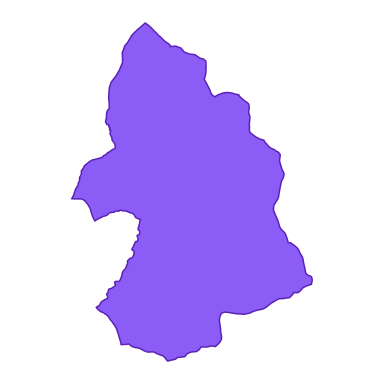 Phobji, Wangdi Phodrang, Bhutan
{"feature_id": "84629894B82295722957518", "entity_name": "Phobji", "entity_type": "district", "adm_level": 2, "iso_a3": "BTN", "parent_name": "Bhutan", "parent_adm1": "Wangdi Phodrang", "projection": "natural_earth1", "projection_center": [90.223, 27.427], "detail": "fine", "context": "isolated", "style": "filled", "palette": "violet", "viewbox_px": 384, "rotation_deg": 0, "n_neighbors": 0, "source": "geoboundaries", "source_scale": "gbopen_adm2", "svg_char_len": 6001}
<svg xmlns="http://www.w3.org/2000/svg" viewBox="0 0 384 384"><path d="M311.5,284.3L311.4,283.5L311.8,282.5L312.2,280.6L312.2,279.7L311.8,277.7L311.5,276.9L310.8,276.3L310.0,275.8L309.1,275.7L308.3,275.3L307.5,274.9L306.8,274.3L306.2,273.6L305.7,272.8L305.5,271.8L304.8,268.0L303.7,263.4L303.1,259.6L302.6,257.7L302.3,256.8L301.8,256.0L300.3,253.7L299.1,251.1L298.3,249.4L297.8,248.6L297.1,247.9L295.1,246.0L292.9,244.4L291.4,243.3L290.7,242.8L288.8,242.7L288.0,242.3L287.8,240.9L286.9,238.0L286.3,236.2L285.2,233.6L284.6,232.8L284.0,232.1L282.7,230.8L281.4,229.5L280.3,228.0L279.9,227.1L279.5,226.2L278.2,221.6L277.6,219.8L275.1,214.2L273.7,210.6L273.5,209.7L273.5,208.7L273.8,205.9L274.1,205.0L274.6,204.1L277.6,199.4L278.4,197.6L278.6,196.7L279.1,192.9L281.1,182.6L281.7,180.7L282.6,179.1L283.3,177.3L283.9,175.5L284.0,174.5L283.9,173.6L283.7,172.6L282.0,169.3L281.7,168.4L280.9,165.6L280.0,162.9L279.7,162.0L279.6,160.0L279.7,159.1L280.2,155.3L280.2,154.6L279.3,153.3L277.9,151.8L276.9,151.5L276.1,151.1L274.5,149.7L270.7,148.1L268.4,146.2L266.3,143.5L265.1,142.5L264.5,141.6L264.0,140.2L260.2,139.2L257.1,137.7L254.8,136.2L252.6,134.6L250.5,132.8L249.9,132.0L249.6,131.2L249.4,130.2L249.4,129.2L249.5,126.4L249.3,124.4L249.3,123.5L249.8,119.7L249.9,117.7L249.9,116.8L249.7,115.8L248.8,113.1L248.7,112.1L248.7,111.2L249.3,107.4L249.2,106.4L248.8,104.5L248.4,103.7L247.0,102.5L243.3,99.8L240.5,97.3L239.3,96.0L238.6,94.6L237.9,94.7L236.6,94.4L234.0,93.8L232.7,93.2L227.7,92.5L225.3,92.6L222.1,93.3L218.3,94.7L215.9,96.1L215.1,96.8L212.5,95.4L211.1,93.4L209.7,89.6L206.5,83.4L204.3,79.5L205.8,73.7L206.1,66.3L205.8,60.9L203.3,59.0L200.0,58.2L195.0,54.7L188.9,53.9L184.2,52.0L181.0,48.1L175.6,46.1L170.4,46.6L170.2,45.3L168.9,44.0L164.7,41.2L160.5,37.0L158.1,35.0L156.6,33.2L154.1,30.9L151.6,28.2L148.4,25.3L145.2,23.0L141.1,26.6L140.2,27.5L137.3,29.8L134.0,33.0L131.9,35.2L128.1,41.6L126.7,43.7L124.9,45.6L123.5,49.6L122.3,52.5L122.5,57.8L122.5,62.6L119.4,70.0L116.2,75.6L111.2,82.2L109.4,87.4L109.0,91.2L108.8,95.6L108.6,98.1L109.2,102.8L109.2,108.5L107.4,110.6L106.7,112.7L106.5,114.1L106.5,115.5L106.5,116.2L106.3,116.9L106.6,117.6L105.7,120.3L105.6,122.4L106.4,123.4L106.6,124.1L106.9,124.6L108.3,124.6L108.9,124.9L108.7,126.3L109.1,126.8L109.2,127.4L109.8,127.5L110.1,128.1L109.6,128.6L109.5,129.3L109.7,130.0L110.3,129.9L110.6,130.4L110.3,131.0L110.5,131.7L110.2,132.4L110.0,133.1L110.3,134.5L110.7,135.1L111.1,136.4L111.5,137.0L111.9,137.6L111.9,139.0L112.1,139.7L112.3,140.4L114.0,142.6L114.4,143.2L114.9,144.6L115.4,147.4L115.2,148.0L114.7,148.4L113.5,149.1L111.7,150.1L109.5,151.8L109.0,152.1L108.3,152.3L107.7,152.7L107.2,153.2L106.3,154.2L105.8,154.6L105.2,155.0L103.9,155.4L103.0,156.5L101.4,157.7L100.7,157.8L95.5,159.3L94.2,159.6L92.9,159.8L92.3,160.0L90.5,161.0L89.3,161.7L84.7,165.6L84.2,166.1L83.7,167.4L83.3,168.1L82.9,168.6L82.7,169.3L82.3,169.8L81.7,170.2L81.4,170.8L81.3,171.5L81.4,173.0L81.0,175.1L80.7,175.7L79.9,176.8L79.6,177.5L79.5,178.3L79.6,180.2L79.4,180.9L79.0,181.5L78.6,182.7L78.3,183.3L78.0,183.9L78.1,184.7L78.0,185.4L76.8,187.1L76.5,187.8L75.6,188.9L75.4,189.5L75.1,191.0L74.5,192.2L74.2,192.9L74.0,194.4L71.8,198.7L74.2,198.9L80.8,198.9L82.6,199.3L84.6,200.6L87.6,204.1L90.3,208.8L91.6,213.6L92.6,216.5L94.1,219.6L94.9,220.9L96.7,219.6L97.5,219.4L98.5,218.6L99.4,218.2L101.1,217.5L102.3,216.8L103.8,216.2L104.6,216.1L105.9,215.6L107.1,215.1L108.6,213.6L109.7,212.8L110.3,212.6L114.3,212.1L114.8,211.7L116.0,211.0L116.7,210.9L117.9,211.2L118.6,211.2L119.2,210.9L119.7,210.3L121.0,210.4L122.8,210.8L124.8,210.9L126.1,211.1L126.7,211.3L128.6,212.2L132.4,213.4L133.0,213.7L133.6,214.1L134.6,215.5L135.2,216.8L135.6,217.4L136.1,217.8L138.6,218.9L139.3,219.1L139.9,219.0L140.4,219.4L140.1,220.0L139.8,221.4L139.5,223.6L139.3,224.3L138.1,228.4L138.1,229.1L138.3,229.8L138.8,230.3L139.4,230.6L139.6,231.3L139.7,232.0L139.7,232.6L139.5,234.0L139.1,234.5L137.2,235.4L137.1,236.1L137.3,236.8L137.9,238.0L138.0,238.8L137.9,239.5L137.4,240.8L137.2,241.5L136.6,241.8L136.0,241.5L135.5,241.8L134.2,244.4L133.1,247.0L132.0,248.8L132.0,249.6L132.3,250.2L133.5,250.7L134.0,251.2L134.0,252.0L133.9,253.4L133.7,254.8L133.5,255.4L132.8,256.5L132.1,257.8L131.6,258.2L130.2,258.3L129.6,258.6L128.8,259.7L127.7,260.5L127.5,261.2L127.5,263.4L127.4,264.1L126.6,265.3L126.3,266.7L125.7,268.0L125.4,268.6L124.5,269.7L123.5,270.6L122.9,271.6L122.3,272.8L122.0,274.9L121.8,275.6L120.6,279.0L119.9,280.3L118.9,281.3L118.3,281.6L117.5,281.4L116.3,281.3L115.7,281.4L115.0,281.7L114.8,283.0L114.8,283.7L115.1,284.3L115.6,284.7L115.6,285.4L115.1,285.9L111.7,288.2L110.4,288.7L109.1,289.0L108.7,289.6L108.4,290.2L108.0,292.3L107.7,292.9L107.1,293.4L106.7,293.9L106.7,294.6L107.9,297.2L107.8,298.0L107.3,298.4L104.2,299.9L103.7,300.3L103.4,300.7L102.1,301.2L101.3,302.0L100.9,302.5L100.2,303.8L99.2,305.6L98.6,306.0L97.8,306.3L96.3,307.3L96.7,308.1L97.5,308.9L99.5,310.8L100.7,311.6L101.8,312.1L103.5,312.7L104.4,313.5L106.5,314.8L107.8,316.0L108.6,316.9L109.3,318.1L109.8,319.1L110.4,319.9L111.4,320.9L112.8,322.9L115.1,326.1L116.5,328.8L118.0,333.2L119.8,339.3L120.9,342.9L121.1,344.6L125.0,344.4L126.6,344.4L128.7,343.9L131.8,346.4L135.1,347.5L139.2,348.1L144.1,350.8L147.6,352.1L151.9,351.9L154.4,352.1L156.4,353.4L160.1,354.9L162.8,355.7L164.3,357.0L167.5,361.0L168.2,361.0L172.3,359.9L175.3,359.3L177.8,357.4L182.3,357.0L184.8,356.6L187.3,353.6L191.2,352.0L196.4,351.6L199.2,349.6L200.8,347.2L202.5,346.9L206.4,347.0L209.4,346.5L210.7,346.1L212.3,345.9L214.8,346.6L216.0,346.1L218.1,344.1L220.2,341.8L221.3,339.5L221.6,337.8L221.5,335.7L220.9,333.2L220.6,330.8L220.5,328.0L219.7,322.9L219.3,320.1L219.9,317.0L220.9,314.1L222.5,312.7L224.7,312.2L226.6,312.2L236.2,313.7L241.1,314.0L243.9,314.3L249.8,313.1L252.9,311.6L256.0,310.5L263.0,309.0L265.9,307.4L271.3,303.1L274.1,301.5L277.0,299.7L279.5,298.7L283.0,298.6L286.3,298.0L289.6,297.6L292.9,294.2L293.7,292.5L296.1,292.8L298.5,292.4L300.2,290.9L302.8,287.9L306.0,286.1L311.5,284.3Z" fill="#8b5cf6" stroke="#5b21b6" stroke-width="1.5"/></svg>